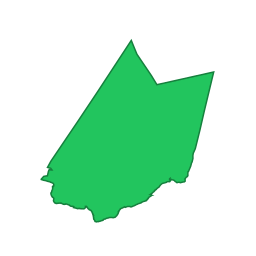 outline of West Kwara'ae, Malaita, Solomon Islands, rotated 257°
{"feature_id": "97153195B25231511740038", "entity_name": "West Kwara'ae", "entity_type": "district", "adm_level": 2, "iso_a3": "SLB", "parent_name": "Solomon Islands", "parent_adm1": "Malaita", "projection": "equal_earth", "projection_center": [160.683, -8.662], "detail": "fine", "context": "isolated", "style": "filled", "palette": "green", "viewbox_px": 256, "rotation_deg": 257, "n_neighbors": 0, "source": "geoboundaries", "source_scale": "gbopen_adm2", "svg_char_len": 5073}
<svg xmlns="http://www.w3.org/2000/svg" viewBox="0 0 256 256"><g transform="rotate(257 128 128)"><path d="M97.6,31.9L97.3,31.9L96.6,33.2L96.2,33.7L95.2,36.0L94.0,37.9L93.6,38.8L93.3,39.3L93.1,40.0L92.5,40.4L92.2,41.0L91.2,42.3L90.9,42.6L90.2,42.9L89.7,43.0L89.1,42.8L89.0,42.7L88.9,42.8L88.2,42.6L88.0,42.4L87.8,42.0L87.9,41.7L88.1,41.9L88.1,41.5L88.0,41.3L87.6,41.2L87.3,41.3L86.9,41.3L86.8,41.1L86.3,41.0L86.1,41.0L85.5,40.7L85.4,40.7L84.8,40.4L84.3,39.9L83.4,39.4L83.1,39.2L82.9,39.2L82.5,39.0L82.3,38.7L82.2,38.4L81.8,38.2L81.4,38.2L81.2,38.1L80.5,38.1L80.1,38.2L79.3,38.2L78.9,38.3L78.6,38.5L78.3,38.8L78.0,38.7L77.7,38.7L77.3,39.1L77.1,39.4L76.9,39.4L76.7,39.7L76.1,39.9L75.7,39.8L75.6,39.7L75.3,39.6L74.4,39.2L73.9,39.0L73.1,39.1L72.4,39.4L72.0,39.5L71.6,39.9L71.4,39.9L71.2,40.1L71.0,40.7L70.8,40.8L70.8,41.0L70.6,41.2L70.4,41.7L70.5,42.5L70.5,43.1L70.3,43.4L70.3,43.8L70.2,44.3L70.2,44.7L70.1,44.9L69.9,45.3L69.9,45.6L69.7,45.7L69.4,46.4L69.5,46.4L69.3,46.6L69.1,46.9L68.8,47.3L68.6,47.6L68.3,47.7L68.2,48.1L67.9,48.6L67.9,48.9L68.0,49.2L67.9,49.4L67.9,49.6L67.8,49.9L68.1,50.3L67.2,51.8L66.6,52.6L66.5,52.9L66.3,53.1L66.2,53.4L66.0,53.7L65.8,53.7L65.6,53.8L65.3,54.0L65.2,54.2L64.9,54.3L64.6,54.9L64.4,55.2L64.3,55.7L64.3,55.8L64.3,56.1L64.1,56.4L64.0,56.8L63.7,57.4L63.4,57.6L63.2,57.6L63.1,57.3L62.9,57.5L62.7,57.3L62.6,57.6L62.4,57.6L62.2,58.0L62.0,58.7L61.6,59.2L61.5,59.4L61.4,59.8L61.2,59.9L61.0,60.5L60.8,60.6L60.7,60.9L60.6,61.1L60.7,61.3L60.8,61.6L60.7,62.0L60.7,62.5L60.3,62.8L60.3,63.1L60.2,63.2L60.2,63.4L60.0,63.6L59.8,64.4L59.8,64.7L59.6,65.0L59.5,65.6L59.2,66.6L59.2,67.2L59.4,67.5L59.5,67.9L59.7,68.1L60.1,68.6L60.4,69.0L60.6,69.1L60.9,68.9L61.2,68.9L61.0,69.9L60.6,70.2L60.4,70.2L59.7,70.3L59.4,70.6L58.9,70.8L58.7,70.8L58.4,70.9L58.3,71.1L58.0,71.4L57.7,71.5L57.4,71.6L57.3,71.9L57.1,71.9L56.7,72.3L56.6,72.6L56.4,72.9L56.4,73.0L56.2,73.2L55.9,73.3L55.8,73.5L55.6,73.5L55.1,73.7L54.9,73.9L54.8,74.0L54.5,73.9L53.9,74.0L53.5,74.2L53.2,74.1L52.9,74.2L52.4,74.3L51.9,74.3L51.9,74.5L51.7,74.5L51.3,74.7L51.0,74.6L50.9,74.4L50.6,74.4L50.3,74.4L50.2,74.6L50.0,74.4L49.5,74.3L49.0,74.4L48.8,74.3L48.6,74.4L48.4,74.3L48.0,74.3L47.8,74.2L47.5,74.3L47.2,74.1L46.6,74.2L46.1,74.6L45.7,74.6L45.0,74.9L44.6,75.0L44.4,74.9L44.3,75.2L44.1,75.3L44.0,75.5L43.8,75.8L43.8,76.0L43.6,76.2L43.6,76.5L43.7,76.8L43.6,77.4L43.5,77.6L43.4,78.2L43.6,78.4L43.5,79.1L43.4,79.4L43.4,79.8L43.6,80.1L43.6,80.9L43.7,81.6L43.6,81.8L43.7,82.0L43.7,82.4L43.9,82.7L43.8,83.1L44.0,83.3L44.4,83.6L44.5,84.2L44.5,85.2L44.4,85.6L44.6,85.9L44.7,86.0L44.9,86.9L44.8,87.7L44.8,88.4L44.8,88.9L45.0,89.3L44.9,89.9L44.8,90.2L44.9,90.4L44.7,91.0L44.5,91.9L44.3,92.5L44.2,92.7L44.0,93.1L43.9,93.6L43.9,93.8L43.9,94.0L44.0,94.4L43.9,95.0L44.0,95.1L44.0,95.5L44.5,96.3L44.7,96.5L45.0,97.2L45.7,97.9L45.9,98.2L46.3,98.5L46.6,98.9L47.8,99.7L48.2,99.6L48.5,99.6L48.7,99.8L48.6,100.2L48.7,100.3L48.9,100.1L49.3,100.4L50.0,101.4L50.7,102.3L51.0,102.4L51.0,102.6L51.1,103.1L51.3,103.7L51.3,104.5L51.4,105.0L51.5,105.2L51.6,105.5L51.7,106.0L52.0,107.0L51.6,107.2L51.4,107.3L51.3,107.6L51.6,109.4L51.6,110.3L51.4,110.9L51.3,111.6L51.1,111.9L51.1,112.2L50.9,112.6L50.6,112.8L50.4,113.1L50.4,113.4L50.5,113.7L50.5,114.4L50.7,115.0L50.8,116.0L50.9,116.8L51.3,118.3L51.5,118.8L51.6,119.5L51.6,120.0L51.9,120.8L52.0,122.8L52.1,123.5L52.1,124.0L52.3,124.2L52.3,123.8L52.9,126.3L52.9,128.0L53.1,128.4L53.2,128.7L53.0,128.9L53.0,129.2L53.1,129.6L53.4,129.5L53.6,130.1L54.3,130.9L54.1,130.9L54.1,131.0L54.4,131.4L54.7,131.7L55.1,132.2L55.8,132.7L56.0,133.6L56.3,134.1L56.5,134.9L56.8,135.5L57.1,135.8L57.1,136.1L57.3,135.8L57.5,135.7L58.0,135.7L58.1,135.3L58.2,135.0L58.3,135.3L58.7,135.7L59.1,137.0L59.4,137.3L59.6,137.8L60.0,138.4L60.1,138.9L60.4,139.3L60.6,139.3L60.8,139.8L60.9,139.7L61.0,139.8L61.6,140.6L61.7,140.8L61.7,141.7L62.1,141.9L62.2,142.2L62.5,142.6L62.9,143.4L63.3,144.5L63.5,144.9L63.8,145.4L64.7,146.1L64.8,146.4L65.2,146.9L65.5,147.4L66.0,148.3L66.3,149.3L66.3,149.8L66.3,151.6L66.4,152.8L66.4,153.2L66.8,153.8L66.8,154.0L66.8,154.5L66.5,156.1L66.3,156.5L66.7,157.0L66.9,157.0L67.1,157.2L67.1,157.5L67.3,157.6L67.4,157.8L67.7,157.7L67.7,157.3L67.8,157.2L68.3,157.0L68.6,156.9L69.1,157.0L69.3,157.2L69.4,157.5L69.2,157.4L68.8,157.7L68.6,157.4L68.3,157.2L68.0,157.3L68.0,157.5L68.4,157.9L68.4,158.3L67.7,159.2L66.9,160.8L66.4,161.3L65.2,162.0L64.4,162.9L63.9,163.2L63.7,163.4L63.7,163.7L63.8,164.2L63.7,165.3L63.4,166.1L63.3,166.3L63.0,166.5L62.9,166.8L63.0,169.4L63.0,169.7L62.9,170.2L62.8,170.4L63.0,171.0L63.2,171.6L63.4,171.7L65.1,172.1L65.5,171.9L66.5,173.2L66.7,173.4L67.0,173.8L67.3,174.9L67.5,175.0L67.9,175.2L68.1,175.4L68.1,175.6L68.8,175.8L70.1,176.0L71.0,176.4L71.5,176.4L72.0,176.7L72.1,177.2L76.7,180.5L79.6,182.0L80.5,182.8L83.7,184.4L86.5,185.0L88.7,185.9L92.7,188.9L110.0,197.7L127.9,206.4L163.3,224.1L163.5,190.7L163.7,165.9L173.7,162.6L197.8,153.3L205.0,152.1L212.6,150.9L170.5,106.9L146.0,80.9L112.9,45.3L107.7,40.7L106.2,43.6L104.2,44.5L104.4,43.5L105.2,41.9L103.8,40.8L99.5,38.7L99.7,37.6L99.8,35.0L97.6,31.9Z" fill="#22c55e" stroke="#15803d" stroke-width="1.5"/></g></svg>